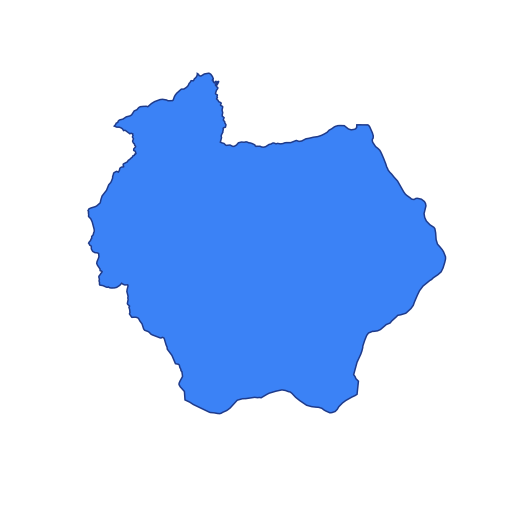 the district of La Cruz, Nariño, Colombia, rotated 21°
{"feature_id": "7082276B65589798073625", "entity_name": "La Cruz", "entity_type": "district", "adm_level": 2, "iso_a3": "COL", "parent_name": "Colombia", "parent_adm1": "Nariño", "projection": "orthographic", "projection_center": [-76.964, 1.581], "detail": "fine", "context": "isolated", "style": "filled", "palette": "blue", "viewbox_px": 512, "rotation_deg": 21, "n_neighbors": 0, "source": "geoboundaries", "source_scale": "gbopen_adm2", "svg_char_len": 6078}
<svg xmlns="http://www.w3.org/2000/svg" viewBox="0 0 512 512"><g transform="rotate(21 256 256)"><path d="M303.1,97.4L303.9,99.9L303.4,101.6L302.4,102.5L299.7,104.1L296.8,104.3L291.7,102.7L288.2,103.9L285.8,104.9L283.7,106.5L282.7,107.6L281.1,110.1L279.2,112.3L278.1,115.0L276.2,117.4L273.9,119.9L270.9,122.4L266.9,124.6L263.3,127.1L260.6,128.7L257.4,132.3L255.1,133.6L252.2,133.7L247.8,137.7L243.4,139.4L241.9,140.3L241.1,141.2L239.7,142.0L238.5,142.6L235.8,143.1L234.5,144.1L232.2,144.1L231.1,144.6L229.9,146.1L228.2,147.2L225.8,150.5L224.1,151.7L222.2,152.2L220.4,152.1L218.2,153.0L217.5,153.1L216.8,153.7L215.7,153.4L215.1,152.7L212.4,152.4L210.2,152.5L208.5,152.9L206.9,152.8L205.8,153.0L204.1,154.1L201.6,154.8L199.0,156.6L198.0,159.4L196.3,161.5L195.0,162.0L192.0,161.7L188.6,163.4L187.8,163.3L185.8,162.4L183.9,162.6L181.9,162.5L181.4,157.8L180.7,156.9L180.4,156.0L180.4,154.7L180.7,152.1L180.3,151.5L180.2,150.0L179.6,148.6L179.7,148.0L181.3,146.7L181.0,144.5L180.8,144.1L179.3,143.0L178.6,141.8L176.9,140.9L176.7,140.6L176.6,138.3L174.4,137.5L173.9,136.3L173.6,134.2L172.0,131.9L171.5,128.7L170.9,128.3L169.0,128.1L168.7,127.7L168.8,126.1L168.5,125.6L167.7,125.4L165.9,125.3L164.5,124.1L163.9,124.0L162.9,123.5L162.8,123.2L163.2,122.0L162.5,121.3L162.3,119.6L162.0,119.4L160.6,119.3L159.9,118.7L159.7,115.5L160.2,113.6L160.2,112.8L159.6,112.3L158.5,112.1L158.0,111.4L158.5,109.1L158.7,106.7L158.3,106.5L157.8,106.9L157.7,110.2L157.3,111.1L157.1,111.2L156.7,110.5L157.0,108.4L156.2,107.3L155.7,107.5L155.0,109.3L153.5,108.5L153.5,108.0L152.8,107.4L152.7,106.7L152.3,106.9L152.5,105.7L150.9,104.0L148.8,102.6L147.2,102.2L146.3,102.3L142.5,104.6L140.4,107.4L139.6,107.9L138.1,107.9L137.3,107.0L135.8,106.7L136.3,108.1L136.2,109.7L135.9,111.0L135.0,112.6L134.9,114.2L134.5,115.0L133.0,115.4L132.5,115.8L132.3,117.5L131.7,118.9L131.6,121.2L130.7,123.4L128.9,125.9L128.0,126.4L126.8,126.8L126.3,127.3L123.7,132.3L123.0,134.5L122.7,136.5L122.8,140.0L122.3,140.9L118.8,142.4L118.0,142.6L116.6,142.4L112.6,143.2L110.3,144.4L106.0,148.2L103.7,151.2L101.5,155.4L100.0,155.5L97.2,156.7L94.6,158.0L94.0,158.6L93.3,159.6L92.4,162.1L90.3,164.2L89.3,168.9L88.1,170.4L85.0,172.6L82.7,175.9L80.1,177.7L79.4,178.6L79.0,179.6L79.1,180.8L77.9,182.1L77.8,183.7L77.1,185.5L79.8,185.6L82.3,184.7L84.4,184.8L85.9,185.2L87.4,186.4L88.4,185.7L89.1,185.6L94.5,187.1L94.7,186.7L95.4,186.2L97.1,186.1L97.2,186.7L98.0,187.5L97.9,188.6L98.0,189.2L99.6,190.5L99.6,192.9L99.9,193.4L101.3,194.6L102.1,194.7L102.9,195.9L104.3,196.8L104.4,197.5L103.5,199.8L103.9,201.1L104.1,201.3L105.8,201.5L107.2,203.4L106.8,204.4L106.2,204.5L106.3,205.7L105.1,206.8L105.1,208.1L104.1,209.6L103.5,211.1L102.5,212.4L102.1,214.3L99.2,217.6L99.3,218.6L100.3,219.7L100.4,220.2L98.6,221.2L97.7,222.3L97.5,223.3L97.8,225.1L97.4,227.0L95.6,226.9L95.3,227.1L93.7,229.0L93.4,229.7L93.6,231.0L93.7,233.3L94.2,234.6L94.2,238.1L94.0,239.6L93.0,242.3L92.9,248.2L90.8,255.1L91.0,258.8L91.5,262.2L89.4,266.2L88.3,267.5L84.7,270.3L83.2,271.8L82.9,273.9L84.0,274.8L84.0,275.7L84.9,277.2L85.4,278.9L85.7,279.2L88.4,280.5L90.8,282.8L95.2,288.9L96.0,290.5L96.2,291.2L96.1,292.3L96.4,294.6L95.6,296.6L96.3,298.6L95.9,299.3L96.0,300.8L95.3,302.6L95.1,304.0L95.7,304.3L96.8,305.4L98.3,305.7L98.8,306.1L99.1,306.6L99.3,307.6L100.0,308.7L101.9,310.2L104.4,310.6L106.7,309.9L108.2,310.1L109.6,312.9L109.7,314.9L109.6,318.3L110.0,320.1L111.4,321.5L115.0,324.0L115.7,325.5L115.9,325.6L117.2,325.4L117.9,325.8L117.8,327.0L117.4,327.9L117.2,329.2L116.7,330.6L116.7,331.8L118.1,333.8L118.4,335.5L119.4,336.8L120.0,338.5L120.6,339.1L123.7,338.5L127.6,338.7L128.8,338.3L129.4,337.8L130.5,338.1L132.2,337.8L135.1,336.6L137.2,335.2L139.4,332.1L140.3,329.6L141.9,330.0L143.7,330.1L146.5,328.9L147.3,329.9L147.7,333.5L148.2,335.5L151.0,339.4L151.4,341.2L152.2,342.3L152.9,346.4L153.5,347.1L155.8,348.0L156.0,348.6L155.7,349.3L157.3,351.4L157.9,352.6L158.6,354.0L158.6,355.4L161.9,357.7L162.2,357.7L164.9,356.5L165.9,356.2L167.6,356.1L168.7,356.4L170.9,358.3L173.9,360.2L177.2,364.3L178.6,365.2L182.5,365.2L183.7,365.5L185.9,366.6L187.4,366.8L195.6,366.8L196.7,366.6L197.4,365.8L198.0,365.4L199.4,365.6L200.1,366.2L203.9,371.2L205.6,372.9L206.6,374.8L213.1,378.9L219.4,385.4L222.3,384.9L223.1,385.1L223.7,385.6L224.8,387.3L226.4,388.7L227.0,389.9L228.3,390.6L230.1,393.8L230.6,395.0L229.9,400.0L229.8,402.1L230.0,403.2L230.4,403.8L232.2,405.3L237.7,408.1L241.3,415.8L246.6,416.2L250.7,417.1L267.9,418.5L269.4,418.5L273.2,417.4L276.5,416.8L278.6,416.2L279.8,415.3L281.0,413.8L284.0,410.8L285.0,409.3L286.3,407.2L290.1,397.5L290.6,397.0L294.5,394.1L297.6,392.8L305.4,388.4L308.3,387.7L309.7,386.9L311.6,386.5L315.8,381.2L317.4,379.4L323.0,375.1L328.2,371.7L331.7,371.0L334.9,371.0L336.7,370.7L338.9,371.4L343.6,373.7L348.6,375.3L356.7,377.2L361.9,376.7L365.8,375.7L368.8,374.8L372.1,374.6L374.7,375.4L376.9,375.7L381.2,375.9L383.0,375.0L385.6,372.8L386.8,370.1L387.3,367.0L389.4,362.2L391.7,358.6L396.0,353.4L398.6,350.7L399.9,348.9L396.5,336.2L393.2,334.7L391.7,333.1L389.7,331.8L388.4,319.0L389.0,310.0L388.9,306.8L388.5,303.4L388.0,301.8L387.7,295.6L387.8,290.5L388.6,287.6L391.9,284.5L392.9,284.2L396.3,282.3L398.6,280.0L402.2,273.3L405.2,270.5L406.0,268.0L408.8,262.5L409.6,260.6L412.2,259.0L416.3,255.8L416.8,255.0L419.5,249.5L420.5,245.7L420.4,242.3L420.7,234.5L421.1,229.8L422.7,224.2L427.1,216.5L428.3,215.1L429.4,212.7L432.5,208.3L434.5,204.5L434.9,200.1L434.5,194.2L434.0,190.8L433.2,188.8L429.6,184.9L427.6,183.4L424.3,181.5L421.2,179.9L418.3,176.2L415.4,170.0L413.2,166.4L411.8,165.5L407.1,164.5L402.5,162.3L399.7,159.6L397.7,156.2L396.7,148.3L395.4,146.2L393.7,144.8L390.1,143.7L387.2,144.1L386.0,144.3L384.7,144.9L383.3,146.6L381.7,147.0L380.7,147.1L379.3,146.5L375.0,145.4L373.2,144.7L370.9,143.2L361.3,135.3L356.6,132.9L353.2,130.9L350.9,129.9L348.4,128.3L347.2,126.9L346.3,126.3L344.3,123.7L340.3,119.3L337.2,116.1L335.1,114.1L333.6,112.9L331.3,111.9L328.4,111.0L324.2,108.0L323.3,106.8L322.8,105.3L323.1,103.9L322.4,101.8L320.5,99.3L315.9,94.7L314.7,93.9L313.5,93.5L303.1,97.4Z" fill="#3b82f6" stroke="#1e3a8a" stroke-width="1.5"/></g></svg>